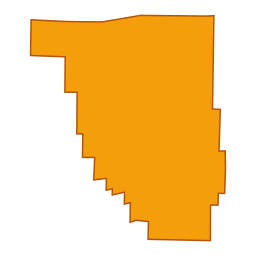 Reynolds, Missouri, United States of America (Robinson projection)
{"feature_id": "52423323B46957105965070", "entity_name": "Reynolds", "entity_type": "district", "adm_level": 2, "iso_a3": "USA", "parent_name": "United States of America", "parent_adm1": "Missouri", "projection": "robinson", "projection_center": [-90.999, 37.327], "detail": "fine", "context": "isolated", "style": "filled", "palette": "amber", "viewbox_px": 256, "rotation_deg": 0, "n_neighbors": 0, "source": "geoboundaries", "source_scale": "gbopen_adm2", "svg_char_len": 586}
<svg xmlns="http://www.w3.org/2000/svg" viewBox="0 0 256 256"><path d="M210.4,240.6L210.5,205.0L218.0,205.1L218.3,193.3L224.6,193.4L225.5,168.7L225.2,150.8L219.0,151.2L220.3,109.4L212.5,109.0L213.9,15.7L206.4,16.1L140.5,15.4L102.3,21.9L90.2,21.8L84.0,21.8L65.7,21.5L31.1,19.8L30.5,55.5L65.2,56.8L64.9,92.1L77.1,92.3L76.9,122.1L76.8,133.9L82.8,133.8L82.5,157.4L94.7,157.5L93.7,179.9L106.4,178.4L106.2,190.2L112.3,188.9L112.2,194.9L124.6,192.2L124.3,204.1L130.3,202.7L130.1,222.2L136.2,220.3L148.4,221.5L148.1,239.3L210.4,240.6Z" fill="#f59e0b" stroke="#b45309" stroke-width="1.5"/></svg>